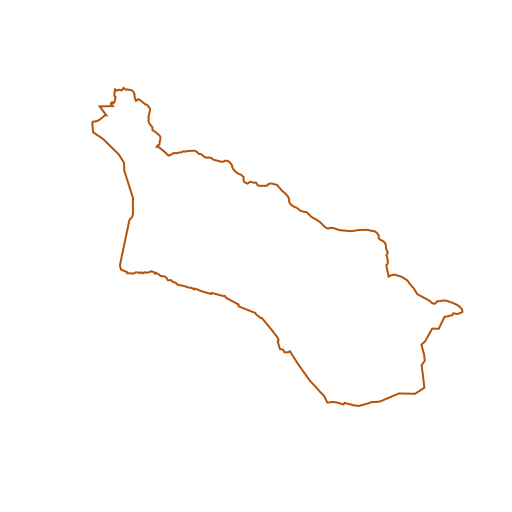 the district of Santa Catarina Lachatao, Oaxaca, Mexico, rotated 304°
{"feature_id": "50627088B86779722307239", "entity_name": "Santa Catarina Lachatao", "entity_type": "district", "adm_level": 2, "iso_a3": "MEX", "parent_name": "Mexico", "parent_adm1": "Oaxaca", "projection": "natural_earth1", "projection_center": [-96.485, 17.188], "detail": "fine", "context": "isolated", "style": "outline", "palette": "amber", "viewbox_px": 512, "rotation_deg": 304, "n_neighbors": 0, "source": "geoboundaries", "source_scale": "gbopen_adm2", "svg_char_len": 4934}
<svg xmlns="http://www.w3.org/2000/svg" viewBox="0 0 512 512"><g transform="rotate(304 256 256)"><path d="M325.0,458.4L326.9,456.9L327.9,453.2L327.8,449.1L327.2,445.6L326.4,442.8L325.8,440.3L325.0,437.7L323.3,435.6L321.7,434.0L319.7,431.5L317.9,431.4L316.2,430.8L315.4,428.1L316.0,425.2L315.6,421.1L315.2,418.0L315.0,415.5L314.7,412.9L314.5,411.0L315.5,409.1L316.7,406.5L317.5,404.5L318.3,401.4L319.1,398.4L319.9,396.7L320.4,394.6L320.3,391.4L320.2,388.6L319.2,385.0L318.0,381.4L316.6,379.7L314.6,378.2L313.1,377.5L321.0,369.3L323.2,369.5L325.5,368.1L327.9,365.9L329.4,363.8L332.3,363.5L333.9,361.3L334.9,359.7L336.5,358.4L337.9,357.2L339.1,355.0L339.4,352.9L339.0,350.5L339.3,347.8L341.6,346.3L342.8,343.2L342.8,340.3L341.0,336.7L340.3,334.2L338.3,331.3L336.7,329.1L335.5,327.2L330.2,321.5L328.7,319.2L327.4,316.6L325.4,313.2L324.0,310.4L322.5,304.6L321.5,302.7L319.1,300.3L318.5,298.1L318.8,295.3L319.5,292.3L319.9,289.9L319.9,286.5L319.7,283.3L319.4,280.1L320.0,277.3L320.6,273.5L319.2,270.5L318.3,267.0L318.7,264.5L318.7,262.4L318.3,260.8L318.0,258.5L318.2,256.4L318.7,254.5L319.7,253.0L321.6,251.5L323.4,249.0L323.6,247.2L324.2,245.5L324.4,243.2L324.9,240.2L325.6,237.4L326.7,233.6L325.8,231.5L324.9,228.4L322.7,226.1L320.7,226.0L319.4,224.4L316.2,219.8L315.6,217.8L316.9,215.1L315.4,212.9L314.3,209.6L311.3,208.6L310.7,204.9L312.4,202.7L314.5,201.7L315.0,198.2L314.3,195.1L314.5,191.0L315.5,188.2L316.3,186.7L317.7,185.5L318.8,182.7L319.1,181.2L318.9,179.2L317.9,177.2L315.9,176.2L314.6,174.1L313.3,170.5L313.3,170.3L312.4,168.3L312.0,166.1L312.3,164.2L311.1,161.5L309.8,159.9L309.2,158.1L309.8,154.0L308.7,151.5L309.2,148.9L309.1,146.3L307.2,143.9L305.4,141.3L303.0,139.0L302.1,137.1L300.6,136.5L299.2,134.9L297.8,133.6L296.4,132.2L295.7,130.4L293.4,129.4L290.5,127.6L290.4,125.6L291.1,123.6L291.3,121.9L291.6,118.2L291.9,115.1L291.0,112.6L292.7,112.6L294.2,113.7L296.8,112.3L299.4,111.3L301.1,110.4L302.0,108.5L302.4,104.6L302.6,101.7L302.4,99.8L304.6,98.4L305.1,97.0L305.4,96.3L305.9,94.7L306.0,93.9L306.6,92.9L307.4,91.9L308.3,90.9L309.3,90.8L310.3,89.6L311.0,89.1L312.3,88.8L313.7,87.9L315.6,87.5L318.0,86.3L319.1,85.5L319.5,83.7L319.8,82.9L320.2,81.8L320.3,81.0L320.2,80.2L319.7,78.9L320.0,77.7L320.1,76.5L320.2,74.7L320.4,72.9L320.3,71.0L318.9,70.6L317.5,69.6L317.8,69.2L318.4,69.0L318.5,68.8L318.6,68.4L318.8,68.3L318.8,67.8L319.0,67.8L319.1,67.7L319.2,67.2L319.5,67.0L319.8,66.7L320.0,66.5L320.2,66.2L320.5,66.0L320.8,65.6L321.2,65.5L321.6,65.1L322.0,64.9L322.3,64.8L322.5,64.7L322.5,64.3L322.8,63.8L323.0,63.5L323.1,63.4L323.3,63.2L323.5,62.9L323.6,62.5L323.7,61.9L323.8,60.9L323.8,60.5L323.8,60.1L323.6,59.7L323.4,59.2L323.0,58.6L323.0,58.4L322.8,57.8L322.6,57.1L322.4,56.7L322.1,56.1L321.9,55.8L321.6,55.5L321.4,55.3L321.2,55.1L321.0,54.9L321.2,52.2L320.7,52.3L320.3,52.2L319.5,52.2L318.9,52.2L318.6,52.2L318.4,52.2L318.2,52.1L318.2,51.9L318.1,51.7L317.8,51.0L317.7,50.4L317.6,50.0L317.4,49.7L317.1,49.3L316.9,49.3L316.8,49.2L316.6,48.9L316.5,48.7L316.3,48.6L316.0,48.4L315.7,48.4L315.4,48.3L315.4,48.2L315.3,47.4L315.3,46.7L315.3,46.1L315.3,45.9L315.0,46.1L314.5,46.7L314.2,46.9L314.0,47.0L313.9,47.0L313.4,46.9L313.2,46.8L309.5,49.1L309.5,50.5L305.1,52.5L304.5,52.5L303.6,52.5L302.9,52.5L302.8,52.3L302.8,52.0L302.9,51.8L303.0,51.5L303.1,51.1L303.1,50.7L302.7,50.5L302.4,50.5L302.2,50.4L301.1,50.6L300.9,50.6L300.2,53.4L292.6,42.8L289.0,53.1L288.7,52.5L287.5,51.9L286.6,51.7L285.2,51.2L283.9,50.9L282.8,50.6L281.8,50.2L280.7,49.6L279.8,49.3L279.0,48.7L278.5,48.1L277.9,47.6L277.1,47.1L276.5,46.2L276.2,45.7L275.3,45.6L273.8,46.6L267.5,51.7L267.5,63.9L266.7,68.1L263.4,85.7L259.5,94.4L253.1,99.1L236.5,120.0L236.0,121.0L221.9,130.6L219.3,131.4L214.9,131.0L172.1,148.4L169.2,151.8L170.1,156.0L170.6,157.7L169.6,158.7L173.2,164.6L175.0,165.3L176.4,167.2L176.8,169.2L178.2,169.8L178.3,171.8L180.1,172.5L180.8,174.4L183.4,177.1L184.7,177.5L185.5,180.1L184.9,182.3L186.3,182.5L186.1,184.7L186.5,186.0L186.0,187.8L188.1,192.3L187.5,194.8L186.6,196.5L188.5,199.2L188.0,202.3L188.9,203.8L188.4,207.1L190.7,212.8L192.9,219.7L193.6,220.2L193.8,223.5L194.8,223.5L196.6,231.6L199.5,240.1L200.6,239.9L204.5,251.2L205.5,252.5L204.6,254.8L206.0,268.7L204.5,269.6L208.4,287.4L207.7,288.3L207.2,294.8L207.9,295.4L203.9,309.0L201.1,317.7L199.7,321.0L198.7,321.3L198.4,322.0L197.3,321.8L196.3,323.0L192.2,327.9L193.1,329.9L193.4,330.4L193.4,331.2L192.0,333.4L194.0,336.4L196.0,337.4L190.0,351.1L182.7,370.5L180.4,380.8L179.3,384.4L178.3,390.2L174.4,397.1L177.7,401.1L179.5,404.3L181.0,408.3L181.0,409.4L181.8,411.5L183.9,411.6L185.1,415.8L186.0,417.5L186.6,420.1L187.7,422.1L188.9,424.8L197.2,432.0L199.5,433.4L200.6,435.1L204.2,439.7L205.7,440.8L221.9,451.3L230.8,465.0L241.0,469.2L249.3,462.1L258.0,454.4L263.0,454.5L263.7,454.4L268.4,450.3L271.3,447.0L275.0,442.7L279.8,443.9L294.3,442.7L297.9,448.2L310.8,446.3L316.7,451.8L318.8,451.6L320.6,455.6L323.7,457.7L325.0,458.4Z" fill="none" stroke="#b45309" stroke-width="2"/></g></svg>